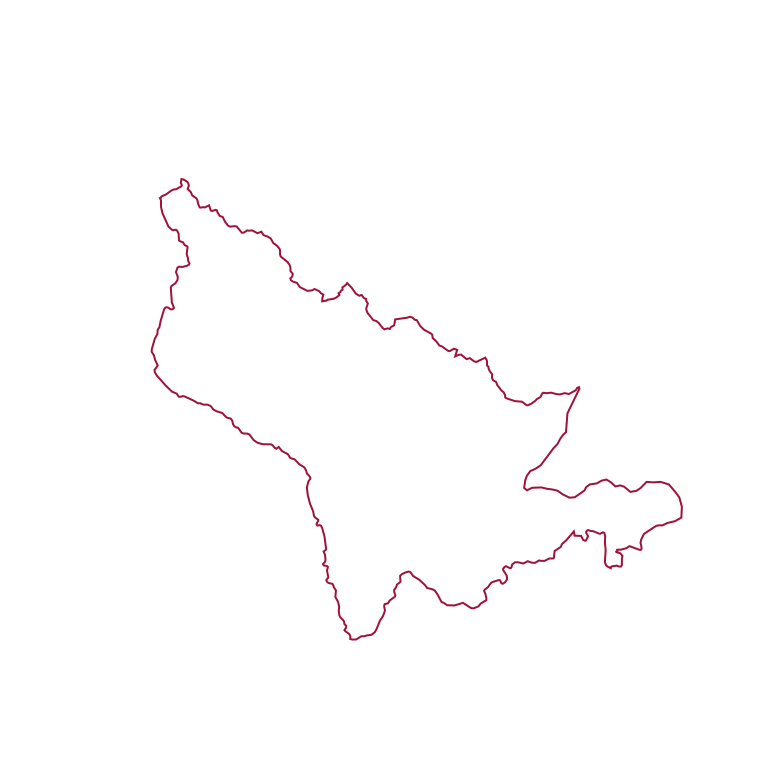 the district of Alejandría, Antioquia, Colombia, rotated 237°
{"feature_id": "7082276B80889552821395", "entity_name": "Alejandría", "entity_type": "district", "adm_level": 2, "iso_a3": "COL", "parent_name": "Colombia", "parent_adm1": "Antioquia", "projection": "albers", "projection_center": [-75.091, 6.356], "detail": "fine", "context": "isolated", "style": "outline", "palette": "rose", "viewbox_px": 768, "rotation_deg": 237, "n_neighbors": 0, "source": "geoboundaries", "source_scale": "gbopen_adm2", "svg_char_len": 6166}
<svg xmlns="http://www.w3.org/2000/svg" viewBox="0 0 768 768"><g transform="rotate(237 384 384)"><path d="M662.0,297.3L659.7,297.1L653.9,293.4L647.8,291.2L633.5,289.0L628.7,290.2L627.8,290.9L626.8,293.4L625.6,294.0L621.9,293.6L616.1,290.3L615.1,290.5L612.3,292.6L609.0,292.5L606.8,293.8L606.0,293.9L600.3,289.2L596.6,288.2L594.1,286.9L590.9,286.4L590.4,285.6L590.4,283.4L591.9,278.8L593.9,276.1L594.2,274.4L591.2,270.5L586.2,269.4L583.8,267.6L582.1,264.0L582.0,259.5L581.2,257.8L567.8,250.4L562.3,249.4L561.8,247.6L562.6,245.9L565.6,244.6L566.8,243.4L567.2,242.5L566.5,240.4L558.7,231.2L553.9,226.5L552.8,223.8L549.3,221.1L546.8,216.4L539.7,208.3L537.6,206.7L533.1,206.6L529.2,205.2L522.7,204.3L520.8,199.2L518.5,198.2L514.6,198.1L501.5,200.1L492.9,202.1L488.8,204.9L485.3,204.9L484.2,206.0L483.5,208.6L482.2,210.0L473.9,215.2L469.1,217.5L468.0,219.3L465.0,221.4L462.7,224.8L460.0,226.6L455.3,227.1L452.1,228.9L447.8,232.5L441.7,233.7L438.5,236.6L436.0,236.8L432.6,235.5L430.8,235.4L428.6,236.0L426.7,237.8L420.8,238.0L418.9,239.3L416.9,242.3L415.1,243.6L408.1,244.1L403.4,246.0L399.4,249.7L394.9,256.4L393.1,257.3L390.4,257.5L388.3,258.4L388.6,261.4L383.4,261.9L377.6,265.1L373.0,265.1L369.5,268.0L362.9,269.3L357.5,271.7L354.0,271.6L350.9,270.6L347.8,271.3L345.4,271.2L344.8,270.7L343.5,267.6L339.2,262.9L332.2,259.5L324.1,256.8L315.7,255.2L311.5,253.4L309.6,253.5L305.9,254.9L305.2,254.5L303.6,251.5L302.6,250.8L301.6,251.0L300.5,253.4L299.3,254.0L296.9,253.7L288.5,251.0L277.1,245.6L276.6,244.8L276.4,242.1L272.6,241.4L268.3,239.1L266.9,237.5L266.4,235.1L265.8,234.6L264.6,234.7L262.5,237.0L261.1,237.3L258.6,234.6L252.0,231.9L251.1,229.0L250.5,228.6L248.5,228.6L247.1,229.3L244.5,231.9L242.9,231.9L240.7,231.2L237.1,231.3L231.8,227.2L226.2,226.8L221.3,224.9L218.3,222.4L214.0,220.5L212.1,220.3L207.9,221.2L206.5,221.1L204.3,220.1L201.8,220.6L200.4,219.6L199.2,216.8L197.8,216.9L193.0,218.8L190.4,218.2L188.5,216.8L186.8,218.4L184.9,221.6L184.8,227.5L183.2,230.2L182.5,232.6L180.5,236.8L180.9,241.2L182.7,244.6L187.7,251.6L189.8,256.5L191.5,259.0L193.6,261.5L197.6,263.1L199.0,264.6L197.9,267.9L199.3,270.9L199.7,277.4L200.7,278.5L204.1,279.3L205.8,280.4L207.0,283.6L208.7,285.6L209.1,290.1L214.3,293.0L214.8,295.3L214.3,299.1L213.5,302.2L211.9,303.7L207.0,303.9L200.5,307.0L192.9,308.9L189.3,309.1L185.8,312.6L183.3,314.1L178.5,314.3L169.7,313.5L167.7,315.1L164.1,316.4L159.9,322.5L157.4,331.1L148.6,335.0L147.0,337.1L146.1,342.2L147.2,345.6L147.0,352.0L148.8,353.3L153.1,354.8L156.1,355.3L156.7,356.6L157.0,360.5L158.9,365.4L158.7,367.6L157.0,373.6L156.0,374.5L153.3,373.9L152.4,374.2L151.7,375.1L151.8,377.6L153.1,380.6L154.1,381.5L156.8,382.6L163.0,382.6L164.2,383.3L164.9,385.3L164.8,387.0L161.0,389.3L160.6,390.1L160.9,391.1L162.9,393.3L163.1,396.8L161.6,399.2L157.6,403.1L157.1,408.0L153.6,410.7L151.7,413.3L151.6,417.9L150.2,419.3L148.2,422.4L147.6,427.7L145.5,430.9L145.7,431.8L151.0,436.1L151.1,443.6L152.8,446.0L153.8,452.4L157.0,462.9L153.0,461.2L149.2,466.6L145.0,466.1L142.9,467.3L142.8,468.2L145.2,472.3L149.1,472.5L150.2,473.3L150.5,474.9L150.3,475.7L147.9,477.5L146.6,479.3L141.2,483.0L140.6,483.9L140.4,486.7L139.2,487.7L135.8,486.5L130.5,482.8L124.1,479.5L114.1,472.1L110.8,471.5L109.0,472.1L106.0,473.9L107.0,475.0L106.9,475.8L104.9,480.3L102.7,481.9L101.8,483.5L102.5,484.8L108.1,488.5L109.8,490.3L113.2,490.0L116.4,487.3L117.0,487.5L117.0,489.0L117.9,489.3L115.8,493.1L114.3,497.9L114.4,501.5L106.1,507.7L105.2,508.6L105.1,509.7L106.5,510.9L111.2,512.7L113.6,515.2L116.7,520.4L116.8,534.8L115.9,537.4L113.8,540.4L113.1,546.0L110.5,553.2L110.0,560.6L118.7,566.9L127.9,569.9L134.9,569.5L144.7,568.2L151.3,562.6L154.9,556.2L158.9,550.9L157.0,542.6L156.9,537.7L159.3,531.9L167.2,529.4L170.3,526.9L172.0,522.3L178.1,520.7L182.7,518.5L184.5,513.6L184.7,508.4L187.7,501.9L187.4,497.3L185.5,494.2L185.1,482.3L187.6,477.7L193.9,473.9L200.0,471.4L203.9,467.7L207.3,463.7L211.5,459.7L216.3,451.7L216.9,446.1L220.5,444.9L226.4,450.1L229.1,453.7L231.3,459.2L230.4,464.7L230.5,471.2L237.9,491.4L239.2,496.9L242.0,501.8L243.9,506.7L244.5,510.4L259.5,521.9L273.7,545.4L275.2,545.8L275.5,543.8L274.5,541.9L274.4,540.1L274.9,533.6L277.9,530.6L279.5,525.8L281.4,523.4L285.8,519.3L287.6,515.6L289.9,512.8L289.9,511.6L287.8,508.0L288.1,504.3L287.4,501.0L287.3,496.6L287.9,492.8L288.9,491.9L294.0,490.1L298.4,484.4L305.6,478.7L306.9,478.4L308.5,479.4L311.7,479.9L314.3,479.0L321.3,478.4L324.6,479.1L327.8,477.6L329.3,477.7L330.6,478.0L333.2,480.0L337.5,479.7L340.1,480.2L341.5,481.0L343.4,480.5L346.7,482.6L348.4,483.2L351.0,483.2L352.2,473.4L353.9,471.9L358.9,470.1L359.9,466.8L366.6,464.7L367.7,462.8L368.4,458.7L372.8,464.0L375.6,461.7L375.7,457.7L376.5,456.0L383.9,453.1L386.1,451.4L391.0,451.1L396.0,449.9L398.8,451.2L400.3,451.1L407.8,447.1L413.3,445.9L419.7,446.3L420.9,444.9L424.5,443.9L426.3,442.3L427.1,439.3L432.1,428.6L427.7,424.5L427.9,420.9L427.0,418.7L428.6,417.5L429.6,414.2L431.6,413.4L438.2,412.8L441.1,411.8L443.4,409.8L452.9,408.9L455.8,409.6L457.2,410.4L460.3,414.3L463.2,414.3L465.1,415.3L467.0,413.9L470.8,413.8L471.5,411.3L475.1,409.6L482.6,409.3L488.7,408.1L487.8,405.6L487.7,401.7L485.6,400.6L485.7,398.8L484.9,397.5L484.9,395.4L482.9,395.1L482.5,391.2L482.9,388.2L485.4,382.6L485.3,381.1L487.0,377.2L489.5,379.0L492.0,381.8L494.6,380.5L497.2,380.2L501.5,377.5L501.7,374.7L503.8,370.5L511.1,366.2L516.4,366.0L519.3,363.5L521.8,362.4L523.5,362.9L524.2,365.6L525.6,367.1L526.4,367.5L529.7,367.1L533.1,369.2L535.4,369.7L539.0,369.5L547.2,366.8L549.6,367.5L552.2,369.4L554.0,370.0L558.1,369.6L562.6,367.9L567.8,368.3L571.0,366.7L574.4,364.1L578.5,364.1L579.4,360.0L584.5,357.2L586.2,354.1L587.3,353.0L587.3,349.2L588.2,347.2L596.4,346.2L597.7,344.8L599.8,340.6L601.8,339.4L606.8,339.1L612.0,339.7L614.4,337.8L618.4,337.8L620.7,338.4L621.8,337.5L622.7,334.1L623.9,333.2L629.1,334.6L629.7,329.8L631.0,328.4L631.6,326.5L632.5,325.6L636.3,326.2L639.7,327.6L641.8,327.8L646.7,325.9L650.2,326.5L654.4,325.5L656.6,328.3L659.1,329.2L660.8,329.1L664.4,327.4L666.2,325.8L663.3,323.1L660.8,322.7L660.2,321.7L660.6,315.6L661.6,313.8L662.1,311.0L661.7,304.5L662.5,299.7L661.8,298.4L662.0,297.3Z" fill="none" stroke="#9f1239" stroke-width="2"/></g></svg>